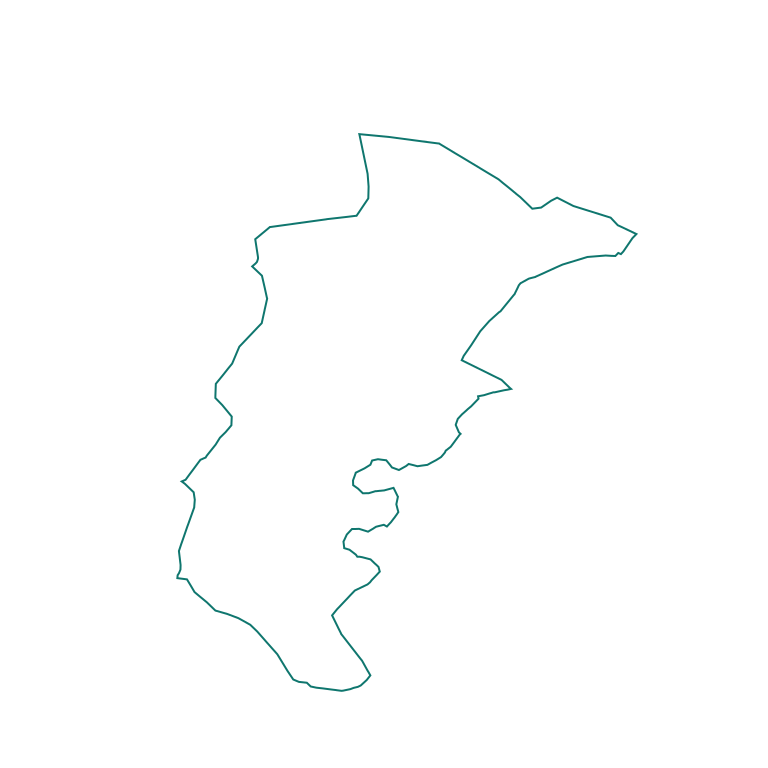 Al Jabin, Raymah, Yemen (Mercator projection), rotated 314°
{"feature_id": "15242507B10739648902482", "entity_name": "Al Jabin", "entity_type": "district", "adm_level": 2, "iso_a3": "YEM", "parent_name": "Yemen", "parent_adm1": "Raymah", "projection": "mercator", "projection_center": [43.599, 14.69], "detail": "fine", "context": "isolated", "style": "outline", "palette": "teal", "viewbox_px": 768, "rotation_deg": 314, "n_neighbors": 0, "source": "geoboundaries", "source_scale": "gbopen_adm2", "svg_char_len": 4102}
<svg xmlns="http://www.w3.org/2000/svg" viewBox="0 0 768 768"><g transform="rotate(314 384 384)"><path d="M100.8,370.2L106.6,378.0L104.6,385.5L102.7,392.3L103.2,399.2L103.5,402.9L103.8,406.9L103.9,408.0L103.9,420.1L109.7,431.0L114.4,441.9L117.9,455.1L117.9,458.2L117.9,459.7L117.9,464.8L116.7,479.3L115.5,495.0L110.6,513.8L108.4,524.0L110.6,529.7L115.5,536.0L115.5,537.3L115.5,541.4L118.5,546.2L119.4,547.4L122.5,551.4L128.0,558.8L130.5,562.1L130.6,562.3L133.8,566.6L135.0,567.6L141.2,571.8L144.4,573.3L148.0,575.6L151.0,576.7L159.1,577.2L164.9,576.6L165.2,575.6L166.2,572.2L166.3,571.6L169.7,560.5L170.2,556.6L171.7,546.1L174.2,528.6L174.4,526.9L174.7,526.4L176.9,520.1L177.0,519.9L181.5,507.4L182.5,507.3L189.3,506.7L189.7,506.7L202.7,506.6L203.9,506.6L208.8,506.5L215.2,506.5L218.2,507.6L227.9,511.2L228.1,511.3L228.6,511.4L231.7,511.7L234.3,511.4L239.4,511.4L241.3,511.4L245.1,511.3L246.1,511.3L248.6,507.1L248.6,504.0L248.5,502.1L248.5,496.2L244.3,488.7L242.7,486.3L242.6,486.2L241.2,484.8L241.7,482.4L240.8,474.3L238.5,469.8L238.3,469.4L238.5,469.2L242.5,464.3L243.9,463.9L249.9,461.8L250.3,461.8L257.5,461.7L260.4,464.7L262.5,466.7L264.8,471.3L265.0,471.7L266.7,475.1L272.9,476.8L273.6,476.9L275.9,477.5L276.2,477.7L278.0,478.8L282.6,481.7L283.5,485.1L287.7,485.0L289.3,485.0L294.4,484.4L295.0,484.4L296.8,484.1L298.3,483.9L298.9,483.8L301.8,483.3L303.0,481.4L303.2,481.0L306.0,476.5L306.1,476.4L312.6,472.3L312.6,472.1L314.4,467.2L314.7,466.4L315.9,463.0L307.5,458.0L307.3,457.8L304.7,455.6L304.4,455.3L301.4,452.8L300.8,452.2L298.6,451.0L294.9,448.9L290.7,444.7L290.7,438.0L290.4,436.0L289.8,432.1L293.1,428.7L296.5,427.2L297.2,426.9L299.6,425.8L300.4,425.5L300.6,425.3L309.8,428.6L316.5,430.3L320.7,428.6L323.9,430.7L325.7,431.9L328.2,435.3L330.7,438.6L330.0,444.5L329.5,447.7L332.5,454.5L340.4,456.9L343.6,457.3L346.1,461.6L348.1,465.2L351.6,467.9L356.0,471.4L360.0,472.6L365.5,474.4L371.1,475.8L374.7,475.6L377.0,475.4L379.0,474.7L380.6,475.0L381.6,475.1L385.2,475.6L391.5,474.8L392.8,474.6L400.4,473.6L401.3,473.7L401.3,471.4L404.4,464.0L405.0,463.7L407.8,462.4L410.2,461.3L415.4,461.2L417.0,461.2L417.6,461.3L423.3,461.7L423.8,461.7L428.6,462.2L433.9,462.2L439.1,462.2L440.5,460.2L445.4,463.7L450.7,466.6L451.7,467.2L453.9,468.4L454.9,469.4L462.9,474.7L465.7,476.8L468.7,478.8L468.6,477.3L468.6,465.7L455.1,423.4L459.6,421.8L472.3,419.8L488.8,416.6L502.6,416.0L515.6,416.9L517.2,417.3L525.4,416.6L538.7,415.5L539.1,415.6L540.8,415.0L545.2,413.6L548.7,412.4L551.3,412.2L557.5,414.1L560.4,415.0L562.1,416.0L566.1,418.5L566.6,418.6L575.6,422.2L576.4,422.5L578.2,423.2L588.1,427.1L594.0,429.5L597.4,431.4L616.7,442.1L630.4,454.2L634.0,458.4L636.8,461.5L641.0,461.5L642.0,464.2L645.7,464.1L661.5,461.4L667.2,461.4L661.7,445.0L660.6,441.9L661.1,431.5L643.6,396.6L638.3,379.1L631.9,376.9L620.1,374.5L613.1,368.9L613.1,359.0L613.1,352.1L612.6,347.1L612.6,346.1L612.4,344.0L612.3,342.4L612.2,341.1L611.6,334.1L611.2,329.9L610.8,324.2L610.7,323.8L609.0,316.4L607.7,310.8L603.1,290.7L602.7,288.9L599.9,276.9L599.3,274.4L595.3,256.9L595.3,256.6L594.7,255.9L589.4,248.8L564.8,215.5L546.6,192.7L545.8,193.9L523.8,226.2L515.3,235.8L506.8,243.6L506.5,243.8L498.4,245.2L491.1,246.5L485.9,247.4L485.4,246.9L477.3,240.3L467.0,231.8L462.9,228.4L462.4,228.1L450.2,218.5L418.1,193.3L417.7,192.9L398.7,190.8L387.6,205.4L386.5,206.4L383.6,207.8L381.5,207.9L378.2,207.6L377.0,207.5L377.1,221.0L370.2,231.6L364.8,239.7L364.3,240.6L356.3,245.5L354.6,246.5L354.2,246.8L342.8,253.8L340.6,253.8L338.0,253.8L336.1,253.8L327.6,253.9L325.5,253.9L310.4,254.0L306.4,255.5L293.2,260.6L287.2,261.1L278.1,262.0L267.3,262.9L258.4,270.9L256.8,272.4L256.5,282.2L254.8,297.1L248.3,302.9L239.4,303.5L231.4,303.3L223.4,305.0L209.4,306.3L207.5,306.7L207.2,306.8L204.7,305.7L204.1,305.5L202.4,304.8L202.0,304.6L197.9,305.1L189.6,306.2L183.9,306.9L177.3,307.8L173.4,306.2L173.9,310.2L173.9,317.5L173.9,322.3L169.3,328.3L164.8,332.0L163.4,333.2L146.8,340.7L144.7,341.6L134.2,346.5L129.2,348.8L128.7,349.0L121.4,352.5L112.5,363.4L109.1,366.5L105.6,367.9L103.1,368.4L100.8,370.2Z" fill="none" stroke="#0f766e" stroke-width="2"/></g></svg>